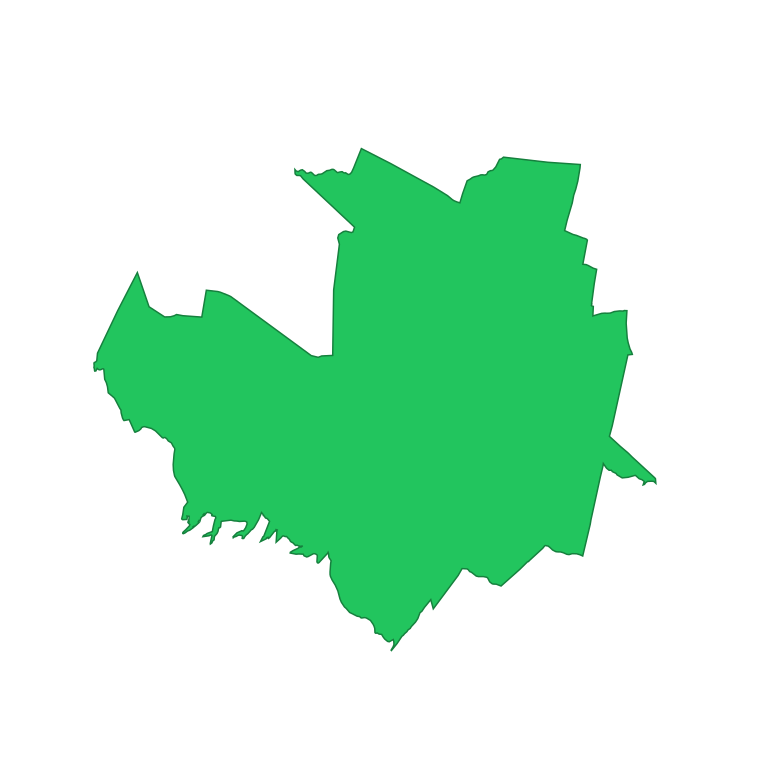 Poboru, Olt, Romania, rotated 283°
{"feature_id": "2599482B3636434641620", "entity_name": "Poboru", "entity_type": "district", "adm_level": 2, "iso_a3": "ROU", "parent_name": "Romania", "parent_adm1": "Olt", "projection": "natural_earth1", "projection_center": [24.455, 44.685], "detail": "fine", "context": "isolated", "style": "filled", "palette": "green", "viewbox_px": 768, "rotation_deg": 283, "n_neighbors": 0, "source": "geoboundaries", "source_scale": "gbopen_adm2", "svg_char_len": 6161}
<svg xmlns="http://www.w3.org/2000/svg" viewBox="0 0 768 768"><g transform="rotate(283 384 384)"><path d="M437.1,118.6L395.4,108.0L349.6,97.9L342.1,98.9L340.6,98.1L339.7,96.8L338.7,96.8L336.5,97.5L334.6,97.7L333.9,98.3L332.1,98.9L331.5,99.3L331.9,100.3L334.7,101.0L333.9,102.4L333.8,103.6L334.2,104.7L335.6,106.6L335.6,107.3L335.3,107.7L325.8,110.8L322.8,113.2L319.1,115.2L313.4,117.3L309.7,124.4L308.4,125.6L300.8,132.1L299.5,133.5L296.7,134.4L292.0,136.9L290.5,138.1L289.9,138.9L292.0,143.7L281.1,151.9L281.1,152.5L283.4,155.6L285.4,157.1L287.2,157.7L288.3,159.4L288.6,160.6L288.4,167.3L286.9,171.9L281.9,180.0L281.7,181.0L282.4,182.0L282.6,182.8L281.7,184.7L280.0,186.6L278.8,190.1L276.0,192.5L274.5,194.3L273.3,194.9L268.6,195.2L258.1,196.7L252.5,198.3L247.8,200.4L246.8,201.0L239.8,207.7L235.5,211.5L231.5,214.7L224.7,219.3L218.9,216.7L211.3,217.3L207.2,217.2L206.7,217.6L206.5,218.4L207.7,222.4L209.9,222.3L211.0,221.7L211.3,223.9L208.5,224.4L205.2,224.0L204.8,224.3L204.7,224.7L205.2,225.0L204.2,225.1L203.5,226.4L202.0,226.3L197.4,223.6L194.7,221.7L193.7,221.4L193.2,221.5L193.0,221.9L193.1,222.3L194.3,223.8L196.6,225.7L197.8,227.6L200.8,230.2L201.2,230.5L201.7,230.0L202.7,230.8L202.3,231.3L203.9,232.6L207.4,235.0L207.9,234.0L209.4,234.5L209.0,235.5L212.3,235.7L213.9,236.6L215.2,238.1L215.8,237.2L217.2,237.9L216.4,239.0L218.5,240.0L219.1,240.6L219.2,241.3L219.3,243.9L218.2,245.9L217.5,245.6L216.9,246.0L217.0,249.5L216.2,250.0L215.4,250.2L213.8,249.8L207.4,249.7L201.6,249.9L198.6,245.3L197.3,244.2L195.8,242.2L194.5,241.9L196.7,247.5L197.8,249.1L198.0,250.0L197.7,250.4L189.5,250.6L189.0,250.8L190.4,252.0L192.5,252.4L193.9,253.5L197.3,253.1L200.7,254.9L202.9,255.4L206.3,255.3L206.8,255.5L206.9,256.2L208.0,256.9L213.3,256.3L213.7,256.6L216.9,265.5L216.9,268.8L217.4,271.8L217.5,274.0L219.0,278.9L219.0,280.1L218.7,281.3L216.8,282.1L212.8,281.5L209.6,280.3L209.1,279.8L209.1,278.5L205.9,274.2L201.2,271.3L200.3,271.7L201.2,272.4L202.2,274.2L203.8,276.0L204.2,277.0L204.4,279.5L203.9,280.2L203.5,280.4L201.7,280.5L201.6,281.3L202.0,282.1L204.4,282.9L206.2,283.9L207.4,284.9L212.4,287.7L212.8,288.5L215.2,289.8L223.5,292.3L231.2,293.6L229.3,296.0L228.7,296.0L228.5,296.8L226.8,298.7L226.6,300.6L225.0,302.6L224.5,303.4L208.6,301.1L207.9,300.4L202.7,299.1L206.4,303.7L207.2,304.5L207.6,304.2L208.6,305.5L207.6,306.2L208.6,307.1L215.7,310.4L216.3,311.3L217.9,311.5L217.8,312.8L216.6,312.7L205.6,314.5L210.6,318.0L212.5,319.0L213.4,319.9L213.1,322.1L213.5,323.4L211.8,325.8L211.5,326.7L210.0,327.9L209.3,328.9L208.7,331.1L207.0,333.7L206.8,334.4L207.4,335.5L207.1,337.0L207.1,339.4L208.0,341.2L206.6,340.1L205.8,337.9L205.4,337.8L204.6,337.2L201.1,332.7L199.0,330.6L198.2,330.6L198.4,336.6L199.2,339.2L200.0,343.5L198.6,344.8L198.1,347.6L198.8,348.9L202.5,353.1L202.9,353.8L203.1,355.4L202.3,357.3L201.9,357.6L195.9,358.6L195.0,359.1L194.7,359.8L194.9,360.4L195.5,360.9L206.5,367.2L207.4,367.4L206.5,368.0L203.2,369.1L202.3,369.7L199.9,372.2L197.1,372.4L188.8,373.7L186.3,374.3L184.5,375.1L181.4,377.5L177.0,381.8L172.0,385.6L164.6,389.5L161.7,391.6L157.9,395.6L156.8,397.7L153.7,401.9L151.7,410.1L151.9,412.6L151.0,414.1L151.0,414.9L152.0,417.5L152.1,419.3L150.6,424.0L147.4,427.5L145.6,428.9L143.7,430.0L139.8,431.1L139.4,431.6L139.3,432.2L139.9,433.4L139.2,435.5L139.5,438.0L137.5,439.9L135.7,442.0L134.0,445.4L134.0,447.1L137.1,450.5L135.2,451.5L132.5,452.3L130.1,452.0L126.3,450.8L126.0,451.2L134.0,455.1L142.2,458.2L143.6,459.4L145.3,460.2L147.8,462.0L149.9,462.8L151.7,464.5L153.8,465.2L159.0,468.2L163.0,469.7L169.2,470.5L171.0,472.0L175.5,473.7L184.4,478.1L176.0,482.6L214.1,499.3L221.7,501.6L222.5,506.4L222.2,507.6L220.5,509.7L220.2,511.6L217.6,517.1L217.6,519.5L218.7,524.2L218.8,527.6L218.3,528.7L215.0,531.5L213.8,534.0L213.6,535.2L214.2,538.4L213.5,543.5L233.9,558.0L243.2,563.9L243.4,564.6L243.9,565.0L244.3,565.1L259.6,575.6L262.5,577.0L262.9,577.6L263.0,580.4L262.1,582.4L260.2,585.6L259.3,589.0L259.4,590.5L260.1,594.0L259.9,596.8L259.2,600.5L259.3,601.6L259.4,602.7L261.0,605.5L261.9,609.9L261.7,613.4L261.1,616.3L293.8,616.5L298.2,616.2L342.0,615.7L353.7,615.8L355.8,615.6L352.0,619.8L350.6,622.7L351.1,625.0L350.0,626.2L349.2,629.8L348.9,630.5L347.9,631.5L346.1,637.2L348.0,642.8L351.5,649.3L351.3,650.0L349.1,654.0L348.8,656.9L347.6,659.5L344.0,659.2L344.8,660.4L346.6,661.1L348.4,662.7L349.6,667.1L349.7,669.0L348.4,671.2L352.8,669.8L353.5,668.9L368.8,642.0L371.5,637.7L376.5,628.1L383.7,615.4L394.8,615.8L467.2,615.1L468.7,619.3L470.6,618.2L473.5,615.8L479.2,612.6L483.6,610.6L497.7,606.3L510.1,604.2L509.6,601.5L508.9,600.7L508.2,597.1L506.4,592.1L504.0,588.5L503.2,585.8L502.7,583.1L501.8,580.2L497.3,572.2L506.7,570.5L506.8,568.9L507.1,568.4L508.9,568.5L509.1,568.2L529.1,566.3L543.6,565.4L543.9,561.8L545.4,556.4L545.8,554.1L545.4,550.8L569.9,549.8L570.6,548.9L571.0,546.8L571.0,545.4L572.1,538.1L572.2,534.6L574.1,525.5L584.6,525.6L602.7,526.7L610.6,526.4L617.0,527.0L625.3,527.2L638.5,526.4L642.0,525.9L636.9,493.8L631.9,449.4L629.8,447.8L628.9,446.1L620.7,444.1L617.0,442.1L616.4,441.4L615.8,439.7L614.4,438.0L614.0,437.6L611.9,437.1L611.0,436.5L610.2,435.0L610.0,432.9L609.5,431.2L608.1,429.2L606.0,425.0L605.0,423.6L603.0,421.9L600.7,419.3L587.3,417.8L577.6,417.2L577.8,414.1L578.4,410.8L579.1,408.9L581.8,403.6L586.9,388.6L600.3,340.9L608.3,309.0L587.7,305.8L582.9,304.8L580.7,303.4L580.1,301.9L581.2,299.1L580.8,298.6L580.8,296.9L581.4,295.8L581.4,295.2L580.6,293.2L579.6,291.4L579.6,290.8L581.4,287.5L581.7,286.5L581.6,285.6L581.3,284.7L580.1,283.1L579.0,280.3L574.9,276.4L574.3,275.3L573.5,272.8L572.2,271.6L571.7,270.2L571.6,269.5L573.5,266.3L573.9,265.2L573.7,264.5L572.3,262.7L572.0,260.7L573.3,258.9L574.4,256.2L573.5,254.5L571.6,252.6L571.8,250.5L572.9,249.0L569.4,249.9L568.4,250.5L567.6,252.2L568.1,254.5L568.2,255.8L565.6,259.1L530.2,320.0L525.3,319.6L524.2,318.1L524.4,312.4L523.4,310.2L519.4,306.3L515.9,306.1L510.2,309.1L464.3,313.8L400.3,327.6L397.3,317.0L395.2,313.9L395.3,306.7L434.7,215.1L435.3,212.5L436.6,203.9L436.7,201.3L435.4,189.8L408.2,191.4L405.3,172.7L405.0,166.2L403.3,164.2L401.4,160.7L400.0,155.2L406.4,137.7L437.1,118.6Z" fill="#22c55e" stroke="#15803d" stroke-width="1.5"/></g></svg>